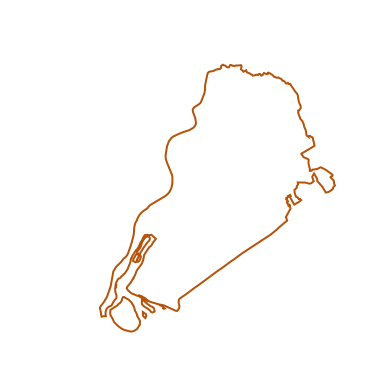 the district of Pelalawan, Riau, Indonesia, rotated 151°
{"feature_id": "22746128B44055596539945", "entity_name": "Pelalawan", "entity_type": "district", "adm_level": 2, "iso_a3": "IDN", "parent_name": "Indonesia", "parent_adm1": "Riau", "projection": "robinson", "projection_center": [102.105, 0.163], "detail": "fine", "context": "isolated", "style": "outline", "palette": "amber", "viewbox_px": 384, "rotation_deg": 151, "n_neighbors": 0, "source": "geoboundaries", "source_scale": "gbopen_adm2", "svg_char_len": 5993}
<svg xmlns="http://www.w3.org/2000/svg" viewBox="0 0 384 384"><g transform="rotate(151 192 192)"><path d="M331.5,126.8L328.8,125.9L327.6,125.1L326.7,127.3L325.8,128.9L324.2,130.6L323.3,131.2L321.3,131.9L320.0,132.0L317.5,131.7L312.8,134.7L310.2,135.6L309.5,136.1L308.6,137.2L308.2,138.1L307.6,141.4L306.5,144.0L306.0,144.9L302.8,149.1L299.2,151.6L295.9,151.8L294.9,152.3L292.7,152.7L292.1,153.1L290.6,153.3L286.1,155.5L279.5,160.8L278.2,162.8L275.3,164.9L269.4,168.1L267.4,168.7L265.8,169.6L263.3,171.3L261.8,172.6L259.1,174.0L256.4,176.0L254.8,176.9L253.6,177.1L252.3,176.5L250.8,175.2L248.2,174.1L246.3,168.6L248.5,167.5L250.3,166.9L253.5,164.9L256.3,164.4L262.3,161.3L264.3,160.2L268.2,155.6L270.6,153.7L278.4,150.1L282.5,146.6L283.3,146.3L285.8,144.6L285.7,144.5L287.5,143.8L289.0,142.7L294.4,140.6L295.8,139.6L295.7,137.2L294.5,133.7L293.4,131.7L292.1,130.4L290.4,128.0L289.2,127.0L288.5,127.4L286.8,125.5L284.2,121.4L283.9,120.1L283.1,118.2L281.6,116.0L275.8,110.1L271.6,106.5L263.9,96.1L262.9,95.2L262.2,95.5L261.3,95.6L259.2,97.0L258.1,98.7L257.5,101.3L256.2,103.6L255.6,104.2L254.4,104.7L244.1,105.8L236.8,106.9L231.5,107.4L205.8,110.8L204.0,110.8L191.1,112.5L189.2,112.6L177.5,114.1L144.0,116.6L135.4,118.2L133.9,118.7L122.6,120.9L122.0,124.6L113.9,129.7L113.3,132.0L113.9,132.2L114.0,132.4L112.8,132.5L112.8,132.8L113.1,133.4L113.3,133.4L113.3,134.0L113.5,134.0L113.5,133.5L114.1,133.5L114.0,137.1L112.6,137.1L112.6,138.7L112.9,138.8L113.0,139.2L113.1,140.1L112.2,140.1L112.2,141.1L110.1,141.1L110.1,141.9L107.6,141.9L107.6,140.6L108.8,140.5L108.7,131.4L103.3,131.5L100.5,132.0L100.9,133.6L102.1,134.1L102.3,136.2L103.3,137.5L102.5,141.9L101.3,144.2L98.7,144.8L98.0,145.2L97.7,146.2L95.5,147.3L94.9,149.1L88.3,145.3L85.7,142.7L84.5,142.1L83.3,141.8L80.2,142.5L80.1,144.4L79.4,147.1L76.3,149.0L76.2,145.0L76.3,142.4L77.1,140.8L75.4,133.1L75.3,126.8L74.4,126.3L71.8,125.8L68.6,126.1L67.3,126.5L67.1,127.0L66.7,127.0L66.0,127.7L64.8,128.2L64.4,128.2L63.8,128.4L63.7,130.4L62.8,132.1L62.8,133.0L62.4,133.8L63.0,135.1L63.7,137.7L63.3,138.1L61.3,138.0L60.8,138.6L61.1,139.9L64.1,146.3L66.4,149.8L67.6,151.3L71.4,151.4L75.7,153.1L77.2,152.7L78.7,153.3L77.8,154.9L76.4,160.1L74.4,163.8L74.4,164.3L77.5,168.4L77.9,172.1L77.8,172.5L62.5,173.0L61.6,175.4L60.9,178.5L60.2,180.3L60.2,181.5L61.0,182.4L61.5,183.7L62.1,184.3L63.4,184.3L63.5,183.8L64.3,185.7L64.0,187.3L63.0,189.4L62.5,191.3L62.3,194.2L61.3,197.9L61.1,201.1L61.8,203.2L60.7,210.0L59.8,211.1L59.7,211.7L58.9,211.4L57.9,211.8L56.3,212.7L55.5,213.9L55.2,215.0L55.2,216.5L54.7,219.6L52.6,225.4L52.5,226.9L53.1,230.5L53.8,239.0L54.9,239.4L55.1,239.7L55.2,240.9L55.7,240.7L56.6,240.9L57.1,241.3L57.6,243.9L58.3,245.1L59.0,245.6L58.9,246.6L59.4,248.2L60.4,249.2L60.9,250.3L62.9,251.1L63.3,251.9L64.3,252.9L64.9,255.6L65.8,256.6L66.1,257.6L67.2,259.3L68.0,259.4L68.5,258.5L69.0,258.5L70.8,260.3L71.2,261.1L71.4,261.2L73.3,260.2L74.0,260.3L74.7,260.0L75.2,260.4L75.3,262.2L75.6,262.5L76.6,262.8L77.2,262.3L77.6,262.3L78.9,263.4L81.5,263.9L82.5,264.4L82.7,265.5L83.4,266.4L83.6,267.1L85.8,269.8L85.9,270.6L85.6,272.2L86.2,272.3L86.4,272.0L87.2,272.0L88.7,272.3L88.9,272.5L88.8,273.6L89.3,274.4L89.7,275.7L87.6,278.0L87.9,278.6L87.8,279.3L90.5,280.3L92.2,281.4L94.0,281.6L94.6,282.5L95.4,282.8L95.9,283.7L96.4,284.2L97.4,284.4L98.7,283.4L99.4,283.2L100.1,283.5L101.0,284.4L101.5,286.2L102.6,287.3L103.2,288.3L105.3,288.2L106.6,286.3L107.6,286.1L109.1,286.3L109.6,286.9L109.8,286.8L111.9,287.4L115.0,287.5L118.0,288.7L119.0,288.8L120.1,288.6L121.4,287.6L128.9,278.9L130.8,275.5L133.2,272.4L140.7,266.2L141.5,265.8L143.8,265.3L148.8,265.1L151.1,264.1L151.6,263.4L152.4,261.2L153.3,255.1L154.9,250.9L155.5,249.7L156.5,248.9L158.4,247.9L160.1,247.5L164.3,247.4L171.5,248.8L177.4,249.4L181.8,249.6L184.1,249.2L187.7,247.5L191.6,244.2L197.3,236.9L198.7,234.2L199.5,230.8L201.2,216.9L201.7,214.9L204.8,209.4L207.5,206.1L209.5,204.4L211.7,203.0L213.9,202.1L217.2,201.4L234.6,200.9L236.7,200.4L238.8,199.4L244.4,198.9L246.4,198.4L249.3,197.3L252.5,195.3L253.8,194.0L256.1,192.7L257.8,191.2L259.9,188.7L262.7,184.3L264.9,181.5L271.4,174.9L278.0,169.1L279.7,168.0L281.6,167.3L284.1,166.8L288.3,165.1L295.0,163.2L299.4,160.6L308.9,148.9L316.2,142.4L317.3,141.4L322.2,138.6L328.4,135.8L328.7,135.4L329.9,131.4L331.3,127.9L331.5,126.8ZM310.3,129.7L312.5,129.0L320.6,128.4L322.3,125.7L323.0,123.9L322.9,119.5L323.2,115.8L321.6,110.5L319.6,106.3L318.7,104.9L315.4,101.5L313.3,99.7L311.2,98.8L308.8,98.6L306.4,98.9L302.5,100.9L302.3,101.4L301.8,101.5L301.0,102.6L300.0,104.7L300.0,110.4L299.7,110.8L299.4,113.1L299.3,114.5L299.5,115.4L298.4,119.7L298.4,122.3L298.6,123.4L298.4,124.1L299.2,127.4L299.7,128.6L302.5,133.3L303.4,133.5L305.2,132.2L305.8,131.3L308.5,129.8L310.3,129.7ZM255.7,174.6L259.6,172.6L263.3,169.1L264.9,168.1L269.2,166.3L269.2,165.0L268.8,163.6L267.5,163.3L261.5,166.7L255.2,169.6L253.2,170.1L251.6,171.3L251.2,172.3L251.2,173.7L252.0,174.5L253.9,174.9L255.7,174.6ZM287.8,122.4L288.9,120.3L289.4,119.9L290.2,117.8L289.4,115.1L287.6,112.0L286.4,109.4L285.8,106.7L285.2,105.9L283.9,105.6L282.6,105.7L281.6,108.8L282.4,110.9L283.4,112.0L285.1,115.3L286.7,119.6L287.2,121.7L287.8,122.4ZM272.1,164.0L272.9,163.3L274.7,162.5L276.5,161.2L276.9,160.3L275.8,158.4L275.4,157.9L274.2,157.9L273.5,159.0L272.6,159.8L270.4,161.1L269.1,162.8L269.6,163.5L269.7,164.6L270.2,164.8L272.1,164.0ZM268.6,162.9L270.0,161.2L272.7,159.5L274.1,157.8L273.3,157.1L271.9,157.2L270.3,158.0L268.7,159.4L268.1,160.2L267.8,162.0L268.0,162.6L268.3,162.9L268.6,162.9ZM293.2,110.8L294.8,107.6L294.8,106.9L294.0,104.4L292.7,105.2L292.0,106.0L291.5,107.4L293.2,110.8ZM288.9,126.7L287.9,124.5L284.7,120.3L284.2,119.1L283.9,119.7L285.9,123.3L288.2,126.6L288.9,126.7ZM274.3,107.7L272.9,106.0L272.1,105.5L272.8,106.7L274.0,107.7L274.3,107.7ZM303.6,147.5L304.7,146.2L305.3,145.4L305.2,145.2L304.6,145.6L303.8,146.7L303.3,147.4L303.6,147.5ZM273.7,104.2L273.0,103.3L272.2,103.2L272.3,103.6L273.1,104.4L273.6,104.6L273.7,104.2Z" fill="none" stroke="#b45309" stroke-width="2"/></g></svg>